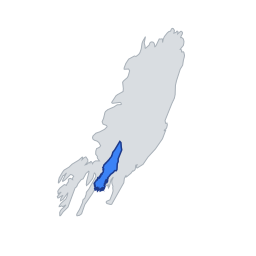 Borgarbyggð, Vesturland, Iceland (highlighted), rotated 301°
{"feature_id": "244011B50787148750106", "entity_name": "Borgarbyggð", "entity_type": "district", "adm_level": 2, "iso_a3": "ISL", "parent_name": "Iceland", "parent_adm1": "Vesturland", "projection": "equal_earth", "projection_center": [-22.083, 64.706], "detail": "fine", "context": "in_parent", "style": "filled", "palette": "blue", "viewbox_px": 256, "rotation_deg": 301, "n_neighbors": 0, "source": "geoboundaries", "source_scale": "gbopen_adm2", "svg_char_len": 7904}
<svg xmlns="http://www.w3.org/2000/svg" viewBox="0 0 256 256"><g transform="rotate(301 128 128)"><path d="M196.6,99.3L198.9,99.4L202.6,98.6L207.9,96.4L210.1,96.0L215.3,95.9L209.2,98.1L207.0,100.4L205.3,101.5L205.4,102.0L209.9,103.4L212.0,103.0L213.0,103.1L213.9,103.8L214.5,105.1L214.2,106.5L213.1,107.9L211.4,109.1L211.7,109.4L213.1,109.6L220.4,108.9L221.3,110.6L222.0,111.2L221.9,111.8L219.1,113.6L222.4,112.5L225.1,112.1L229.8,112.7L231.8,113.4L233.0,114.6L235.3,114.2L236.4,114.9L236.5,115.6L235.6,117.5L232.9,118.5L234.7,119.9L236.1,120.0L236.4,120.3L236.3,121.2L234.2,122.1L237.8,123.3L238.3,123.7L238.2,124.9L237.7,125.7L236.6,126.1L234.1,126.2L232.6,126.6L233.2,127.4L232.8,129.6L231.0,131.4L229.1,132.3L227.3,132.9L222.2,132.2L222.5,133.8L220.8,134.7L221.2,135.5L221.8,135.9L221.6,136.9L219.4,139.0L217.8,139.7L214.6,140.6L210.0,142.5L205.2,142.5L193.6,145.2L189.0,146.7L180.9,151.2L177.4,152.4L171.5,153.0L153.5,155.9L151.5,157.7L151.4,158.1L152.3,158.8L151.0,160.1L148.2,161.0L147.0,161.0L144.7,160.2L144.4,160.6L145.3,161.5L136.5,163.1L124.2,162.3L113.3,160.1L104.6,159.6L98.5,156.5L98.3,156.1L99.0,155.1L101.2,154.7L100.1,153.8L96.5,155.4L95.3,155.4L93.7,154.7L93.6,154.1L90.6,153.8L85.3,151.9L84.9,151.4L86.1,150.8L85.9,150.7L83.0,150.8L78.9,152.6L54.2,153.3L53.4,152.3L52.4,148.8L53.2,147.4L54.3,147.5L57.1,149.5L63.7,148.4L66.4,147.6L68.9,145.7L70.3,145.1L72.3,142.7L74.3,141.3L78.5,140.6L74.8,140.1L68.6,142.1L66.5,142.1L67.5,141.2L69.6,140.3L68.1,140.2L67.6,139.8L67.5,138.9L68.6,137.5L75.9,134.9L74.2,134.4L69.1,136.4L65.4,137.1L62.4,136.2L61.0,135.0L61.1,134.5L62.8,132.9L62.5,132.6L61.3,132.5L58.1,131.1L52.9,131.2L40.2,130.4L30.6,132.4L28.3,131.5L26.5,129.6L26.9,128.8L28.5,128.4L33.2,128.4L40.2,127.5L43.3,126.4L44.5,126.7L45.1,127.2L49.3,126.4L51.6,125.4L55.4,125.9L69.7,125.4L71.6,124.1L72.3,122.6L72.0,122.3L66.8,123.7L65.6,123.6L59.5,122.9L57.3,122.1L58.0,121.4L61.2,119.9L69.4,117.5L70.6,117.0L70.7,116.5L67.4,115.4L61.3,115.7L59.7,114.5L54.6,113.8L51.2,114.2L49.4,113.5L29.2,117.3L22.7,115.6L18.1,115.3L17.7,114.7L20.4,113.0L22.3,112.7L24.2,112.9L27.7,114.1L30.2,114.4L27.1,112.7L27.0,111.1L26.0,110.6L25.1,109.5L25.5,109.2L29.2,109.4L35.1,111.3L38.0,111.0L41.7,109.8L33.3,109.1L30.8,107.6L32.6,106.8L36.9,106.9L32.1,104.3L31.9,103.9L32.8,102.7L38.8,103.7L35.6,102.2L35.5,101.9L36.5,101.6L37.0,100.7L38.5,100.3L41.5,100.6L46.3,102.4L46.9,102.9L47.1,104.7L49.0,104.4L51.2,104.6L53.1,103.4L54.3,103.7L55.3,104.8L55.2,107.2L56.5,106.3L58.7,106.3L59.0,104.3L58.6,102.7L51.4,100.9L48.6,99.6L48.9,99.2L50.3,98.8L57.9,98.4L54.6,97.7L53.8,96.9L48.1,97.2L45.2,96.9L45.2,96.5L46.3,95.9L49.8,94.7L56.4,94.6L59.0,94.9L64.1,97.6L68.2,98.7L75.0,102.3L79.4,103.7L79.6,104.1L78.9,104.5L77.2,105.0L79.8,105.6L81.4,106.6L81.5,107.0L80.1,109.9L78.5,110.9L74.4,110.3L75.4,111.3L78.3,112.3L78.9,112.9L78.5,113.4L79.9,113.2L80.3,113.6L79.7,115.3L79.0,115.9L81.4,116.2L83.1,117.1L85.1,120.5L86.2,117.8L86.8,116.9L87.8,116.5L88.9,113.8L91.6,112.3L94.1,111.7L96.8,113.5L98.7,113.7L100.6,110.4L100.8,108.0L100.2,105.4L100.5,103.5L101.7,102.4L103.4,102.1L107.1,103.2L110.2,105.8L114.8,108.6L118.0,109.4L118.5,109.3L119.1,108.3L118.5,104.6L120.0,102.6L123.7,102.1L129.3,100.3L130.6,100.2L133.5,101.3L138.6,105.0L142.3,106.8L144.2,109.6L145.1,110.1L145.8,109.2L145.9,108.0L141.3,102.2L141.2,101.4L141.6,100.8L149.4,101.1L151.2,101.8L156.8,105.0L159.4,103.7L164.5,99.8L166.3,100.0L170.9,101.5L172.6,101.4L177.8,100.0L178.9,98.2L176.4,94.5L177.3,93.8L182.2,92.9L187.4,93.1L193.0,96.4L193.4,98.0L196.6,99.3Z" fill="#d9dde1" stroke="#a8b0b8" stroke-width="1"/><path d="M85.3,139.9L86.7,139.9L88.3,139.1L91.8,137.2L94.1,136.9L96.6,135.4L106.0,133.9L108.2,132.0L111.8,129.5L112.3,127.9L102.4,127.9L99.4,127.5L96.9,128.2L96.0,128.2L95.8,128.5L94.9,128.5L92.1,128.1L91.1,128.1L90.4,127.8L90.1,127.9L89.8,127.7L89.0,127.7L88.7,127.5L86.5,127.1L86.3,126.8L86.1,126.8L86.1,127.0L85.7,126.9L84.0,126.4L82.2,126.9L81.0,126.8L80.9,127.0L80.8,127.5L80.6,127.9L79.6,127.9L79.5,128.0L79.9,128.4L79.3,128.7L78.4,128.9L77.8,129.4L77.0,129.4L76.0,129.1L75.3,129.5L74.4,129.4L74.4,128.9L74.5,128.7L74.2,128.7L73.3,128.7L73.4,128.8L72.6,129.4L71.1,129.3L71.4,129.0L71.3,128.5L69.9,128.6L69.7,128.4L69.5,128.2L69.6,127.8L68.8,128.0L68.4,128.3L67.7,128.4L67.6,128.1L67.0,127.7L66.5,127.7L65.9,127.8L63.6,127.5L63.4,127.6L62.8,127.7L62.7,127.9L62.3,128.3L62.6,128.4L62.3,128.6L62.5,128.6L62.4,128.7L62.3,128.8L61.7,128.8L61.4,129.0L61.5,129.1L61.2,129.2L61.1,129.5L61.4,129.6L61.2,129.8L61.3,129.9L61.2,130.0L60.4,130.2L59.8,130.5L59.2,130.6L59.3,130.8L59.2,130.9L59.4,131.0L59.1,131.0L59.3,131.1L58.8,131.3L58.5,131.3L58.3,131.4L59.0,131.4L59.3,131.2L59.3,131.3L59.2,131.3L59.3,131.4L58.9,131.6L59.1,131.7L58.5,131.8L59.0,131.9L59.2,131.7L59.7,131.7L59.8,131.8L60.0,131.8L60.2,131.7L61.3,132.0L61.2,132.0L61.3,132.2L60.7,132.3L60.8,132.5L60.7,132.7L60.5,133.0L60.2,132.9L60.0,133.2L59.9,133.3L59.2,133.6L59.1,133.9L59.3,134.0L59.3,133.9L59.6,133.8L59.8,133.6L60.0,133.6L59.9,133.7L60.3,133.5L60.7,133.4L60.5,133.5L61.0,133.7L60.7,133.8L60.5,134.0L60.5,134.3L60.2,134.4L60.3,134.4L59.8,134.6L59.4,134.4L58.6,134.1L58.8,133.9L58.5,134.0L58.4,134.2L59.8,134.6L59.7,134.8L60.3,135.1L60.2,135.2L60.4,135.0L60.7,135.1L60.5,135.4L60.3,135.6L60.6,135.5L60.2,135.9L60.4,135.8L60.5,135.8L60.8,135.8L60.7,135.8L60.6,136.1L60.4,136.1L60.6,136.1L60.4,136.4L60.5,136.3L60.7,136.5L61.0,136.4L60.9,136.6L61.1,136.4L61.2,136.5L61.4,136.4L61.4,136.6L61.8,136.2L62.1,136.1L62.3,136.2L62.2,136.2L62.5,136.3L62.4,136.4L62.7,136.3L62.9,136.4L62.6,136.5L62.3,136.7L62.0,136.7L62.0,136.8L62.4,136.8L62.7,136.7L62.8,136.7L63.0,136.5L62.8,136.8L63.0,136.8L62.9,137.0L63.2,137.0L63.4,137.1L63.2,137.1L63.3,137.2L63.0,137.3L62.9,137.4L63.0,137.5L62.9,137.5L63.0,137.5L62.8,137.5L62.9,137.8L62.7,137.8L62.6,138.2L62.8,138.0L62.8,137.9L62.9,138.0L63.0,138.4L63.0,138.2L62.9,137.9L63.0,137.8L63.0,137.7L63.2,137.8L63.3,137.9L63.6,137.9L63.5,138.1L63.5,138.3L63.8,138.3L63.8,138.5L64.0,138.5L64.2,138.4L64.2,138.5L64.4,138.5L64.6,138.4L64.8,138.4L64.5,138.5L64.3,138.7L64.5,138.7L65.2,138.4L65.3,138.3L65.6,138.3L65.4,138.5L65.9,138.4L66.1,137.9L66.1,137.7L65.9,137.7L66.3,137.6L66.6,137.4L66.6,137.2L66.8,137.2L67.0,137.1L67.0,137.3L67.1,137.1L67.1,137.4L67.3,137.2L67.5,137.2L67.8,137.1L68.0,137.2L68.3,136.7L68.4,136.8L68.5,136.6L68.9,136.7L69.0,136.6L69.3,136.5L69.2,136.7L69.3,136.8L69.0,137.0L69.4,136.9L69.7,137.0L69.5,136.9L69.5,136.7L69.8,136.6L69.9,136.4L70.2,136.3L70.1,136.5L70.4,136.5L70.5,136.4L70.3,136.3L70.3,136.2L70.8,136.2L72.2,135.9L72.4,135.9L72.4,136.0L71.9,136.5L71.5,136.7L71.1,136.8L72.0,136.8L72.1,137.0L71.5,137.0L70.4,137.2L70.1,137.2L69.9,137.1L69.7,137.3L70.0,137.5L69.9,137.7L70.3,138.0L70.7,137.9L71.7,137.9L72.3,137.7L72.6,137.5L72.8,137.2L73.1,137.0L72.8,136.7L73.1,136.6L73.4,136.7L73.5,136.7L73.4,136.8L73.6,136.9L74.2,137.0L74.5,136.8L74.8,136.3L77.5,136.8L78.2,136.7L78.7,137.0L79.6,137.1L80.3,137.3L80.7,137.6L81.9,138.0L82.3,138.2L83.1,138.4L84.0,138.4L84.8,138.7L84.9,139.0L85.1,139.3L85.1,139.5L85.3,139.9ZM60.5,137.0L60.1,137.2L60.2,137.4L60.1,137.5L60.4,137.3L60.8,137.3L60.9,137.2L60.5,137.0ZM59.5,132.6L59.1,132.5L58.2,131.9L58.3,131.7L58.0,131.9L59.2,132.6L59.6,132.7L59.9,132.6L59.4,132.5L59.7,132.5L59.5,132.6ZM63.5,138.3L63.2,138.2L63.2,138.4L63.0,138.5L63.5,138.5L63.8,138.7L64.1,138.6L63.7,138.6L63.4,138.5L63.5,138.3ZM60.8,136.6L60.3,136.4L60.1,136.5L60.4,136.6L60.5,136.7L60.6,136.8L60.8,136.8L61.0,136.6L60.8,136.7L60.8,136.6ZM62.6,137.0L62.8,137.2L62.8,137.3L62.7,137.3L62.8,137.4L63.0,137.3L62.9,137.2L63.0,137.1L62.8,137.1L62.6,137.0ZM62.0,137.3L61.9,137.5L62.0,137.6L61.9,137.5L62.0,137.3ZM66.5,137.6L66.4,137.6L66.2,137.6L66.5,137.6ZM62.6,137.2L62.3,137.1L62.4,137.3L62.6,137.2ZM61.8,137.7L61.6,137.6L61.6,137.8L61.8,137.7ZM60.0,135.4L60.2,135.2L60.0,135.4L60.0,135.4ZM57.1,134.9L57.0,135.0L57.1,134.9ZM57.7,134.7L57.5,134.8L57.7,134.7Z" fill="#3b82f6" stroke="#1e3a8a" stroke-width="1.5"/></g></svg>